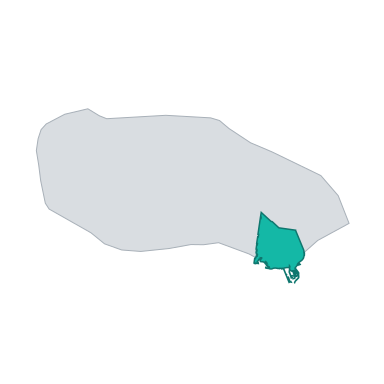 75, Al Khawr, Qatar (highlighted), rotated 98°
{"feature_id": "91078587B7321304158437", "entity_name": "75", "entity_type": "district", "adm_level": 2, "iso_a3": "QAT", "parent_name": "Qatar", "parent_adm1": "Al Khawr", "projection": "natural_earth1", "projection_center": [51.575, 25.836], "detail": "fine", "context": "in_parent", "style": "filled", "palette": "teal", "viewbox_px": 384, "rotation_deg": 98, "n_neighbors": 0, "source": "geoboundaries", "source_scale": "gbopen_adm2", "svg_char_len": 5442}
<svg xmlns="http://www.w3.org/2000/svg" viewBox="0 0 384 384"><g transform="rotate(98 192 192)"><path d="M201.9,343.4L186.8,347.5L172.6,351.9L160.7,351.8L151.2,350.1L144.9,345.8L132.7,328.8L124.1,306.7L129.4,294.4L131.3,286.7L119.7,228.6L116.0,183.9L117.4,174.7L124.0,164.2L135.1,140.9L141.1,118.5L157.8,66.7L175.3,46.7L201.2,32.1L222.4,60.7L248.1,82.6L253.0,107.0L245.4,126.9L238.5,158.6L242.6,173.2L244.2,185.8L251.2,207.0L258.0,234.5L259.2,253.6L255.5,271.4L246.5,286.3L228.8,331.1L223.5,335.7L201.9,343.4Z" fill="#d9dde1" stroke="#a8b0b8" stroke-width="1"/><path d="M202.6,120.6L207.3,120.7L207.3,120.0L208.8,120.0L208.8,120.7L224.7,120.8L224.7,120.1L227.2,120.1L227.2,120.7L233.9,120.8L233.9,120.0L235.3,120.0L235.3,120.6L239.6,120.6L239.6,120.0L240.3,120.0L240.4,119.5L241.5,119.5L241.5,120.1L243.3,120.1L243.4,119.5L244.4,119.5L244.4,119.0L244.9,119.0L244.9,118.5L246.4,118.5L246.4,119.2L246.8,119.2L246.8,119.6L248.1,119.6L248.1,120.1L249.2,120.1L249.2,120.7L253.7,120.7L253.7,120.0L254.1,120.0L254.1,119.0L253.6,119.0L253.6,116.4L253.3,116.5L253.1,116.4L252.9,116.5L252.6,116.9L252.6,117.5L252.6,117.9L252.7,118.1L252.2,117.5L251.7,117.4L251.6,117.5L251.3,117.1L250.7,117.0L250.0,116.6L249.4,116.5L249.2,116.2L248.9,115.5L249.0,115.4L249.1,115.6L249.2,115.4L248.9,115.4L247.7,115.3L247.8,115.1L247.6,114.9L247.5,114.6L247.4,114.0L247.4,113.9L247.4,113.6L247.2,113.3L247.5,113.6L247.5,113.2L247.5,113.5L247.7,113.9L248.4,114.0L248.9,114.3L249.0,114.5L248.9,114.8L249.4,115.0L250.4,115.0L251.3,114.6L251.4,114.4L251.2,113.9L251.3,113.6L251.4,113.2L251.4,112.8L251.3,112.6L251.2,112.3L251.4,110.9L251.6,110.6L251.9,110.4L251.9,110.0L252.0,110.0L252.2,109.7L252.3,109.7L252.4,109.4L252.6,109.4L252.7,109.2L252.9,109.2L253.0,108.7L252.9,108.5L252.3,108.3L252.1,108.3L252.2,108.5L251.9,108.6L252.0,108.5L252.0,108.3L251.9,108.4L251.9,108.7L251.7,108.7L251.6,109.3L251.5,109.5L251.2,109.6L251.1,109.4L250.8,109.3L251.0,109.1L251.0,108.8L251.2,108.5L251.5,108.2L252.1,107.9L252.9,108.0L253.0,107.9L253.4,108.1L253.7,107.9L253.8,108.2L254.2,107.8L254.2,107.6L254.4,107.7L254.3,107.3L254.5,107.4L254.7,107.0L254.8,107.0L254.9,106.9L255.0,106.8L254.9,107.0L255.1,107.0L255.1,106.7L255.4,105.1L255.6,105.0L256.2,104.8L256.3,104.9L256.3,105.2L256.5,105.1L256.5,104.9L256.6,105.1L256.9,105.0L256.9,105.5L256.8,106.3L256.7,106.3L256.7,106.6L256.8,106.6L256.8,107.0L256.9,107.3L256.8,107.5L256.6,108.5L256.8,108.5L256.9,107.9L257.1,107.9L257.1,104.9L257.3,104.3L257.2,102.9L256.9,101.9L256.5,101.4L256.0,100.2L255.7,98.9L255.7,97.0L255.8,96.7L255.8,96.2L255.7,95.5L255.7,95.4L255.4,94.7L255.5,94.5L255.4,94.1L255.5,94.1L255.2,93.5L255.2,93.0L255.3,92.6L255.7,92.5L255.8,92.7L255.8,92.4L255.9,92.7L255.9,92.4L255.2,92.5L255.1,91.9L255.3,91.9L255.0,91.8L255.0,91.7L255.0,91.4L254.9,91.3L254.9,90.9L268.0,83.3L267.1,82.0L267.5,81.5L267.5,81.4L267.1,81.8L266.5,81.1L266.9,81.8L267.0,82.1L267.3,82.5L268.0,83.3L267.3,83.7L267.1,83.3L266.2,83.8L265.5,82.6L265.8,83.2L265.5,83.4L265.0,83.7L264.7,83.0L265.3,84.3L265.0,84.5L264.7,83.9L264.8,84.3L264.3,84.6L264.4,84.8L264.0,85.1L263.6,84.3L263.0,84.7L263.3,85.5L263.2,85.5L263.4,85.9L260.8,87.4L260.6,87.0L260.3,87.3L260.4,87.6L254.9,90.7L254.3,89.8L253.6,87.6L253.4,85.9L253.5,85.0L251.5,85.2L251.8,84.9L251.9,85.0L253.4,84.8L251.7,84.9L253.3,84.7L257.8,84.6L261.1,82.7L261.2,82.8L263.2,81.7L263.6,82.4L262.9,80.5L262.7,80.6L263.0,81.3L262.8,81.5L262.7,81.3L262.1,81.7L262.2,81.8L261.5,82.2L260.9,80.9L260.8,81.0L261.4,82.3L257.7,84.4L255.4,84.4L256.5,82.2L256.3,81.9L256.5,81.8L256.4,81.5L256.2,81.7L256.3,81.6L256.2,81.6L256.0,81.3L259.2,79.5L259.4,79.5L259.3,79.4L259.8,79.1L260.3,80.1L259.9,79.0L260.6,78.6L260.9,79.2L261.0,79.2L260.7,78.6L261.5,78.2L263.1,78.4L263.7,79.7L263.8,79.7L263.2,78.3L261.3,78.0L260.7,78.3L260.8,77.9L260.7,78.3L260.4,78.3L260.3,77.9L260.2,78.0L260.4,78.5L260.1,78.7L259.9,78.3L259.9,78.2L259.7,78.2L259.8,78.3L260.0,78.7L259.6,78.9L259.4,78.4L259.3,78.5L259.5,79.0L257.3,80.2L256.6,79.1L255.5,79.9L255.1,79.3L255.3,79.0L256.0,78.4L256.6,78.0L257.0,78.7L257.3,78.6L257.1,78.3L257.4,78.1L257.5,78.1L257.4,78.0L257.7,77.8L257.8,77.8L258.3,78.6L258.3,78.4L258.7,78.1L258.1,77.2L256.5,77.8L256.3,77.6L256.0,77.9L255.9,77.7L256.0,77.6L255.9,77.5L257.1,76.3L257.5,76.7L257.2,76.2L257.8,75.6L258.0,75.6L258.4,75.8L258.5,75.8L259.1,76.1L259.7,76.4L259.8,76.4L259.8,76.6L259.9,76.4L260.4,76.8L260.6,76.7L260.9,76.9L261.0,76.9L261.0,77.2L260.6,76.7L258.0,75.4L259.3,75.1L259.4,75.3L259.5,75.4L259.9,75.9L260.0,75.8L259.9,75.8L259.4,75.2L261.7,74.6L262.0,74.7L264.7,76.4L264.3,77.2L264.8,76.4L265.6,77.1L266.3,77.5L267.3,77.8L267.4,77.7L266.2,77.4L262.2,74.5L261.4,74.4L258.5,75.0L257.4,75.0L257.1,75.2L256.8,75.4L253.5,78.7L253.3,78.9L253.2,79.3L252.8,79.3L250.8,78.1L249.5,77.5L249.8,76.8L249.7,76.7L249.3,76.6L248.8,76.4L249.3,75.0L248.9,76.0L248.6,77.3L248.4,77.2L248.3,77.3L247.8,77.0L247.8,76.9L247.3,76.6L248.1,75.6L248.6,74.9L248.7,75.0L248.7,74.8L249.3,74.4L248.6,74.8L248.1,75.6L247.3,76.6L245.0,74.5L244.9,74.2L244.7,74.1L244.3,73.7L244.0,73.5L243.6,73.2L242.4,72.6L241.8,72.5L241.8,72.4L240.3,72.2L240.2,72.2L238.9,72.2L238.9,71.9L238.9,71.2L238.8,72.1L237.7,72.3L237.6,72.1L237.7,72.3L236.7,72.6L236.7,72.2L236.8,72.4L236.7,72.2L236.4,72.1L236.5,72.1L236.3,72.3L236.4,72.7L235.9,72.8L235.9,72.7L235.9,72.8L235.4,72.8L234.7,73.1L234.3,73.1L215.6,84.1L215.4,84.1L215.4,101.0L210.2,108.4L210.1,109.7L202.6,120.6Z" fill="#14b8a6" stroke="#0f766e" stroke-width="1.5"/></g></svg>